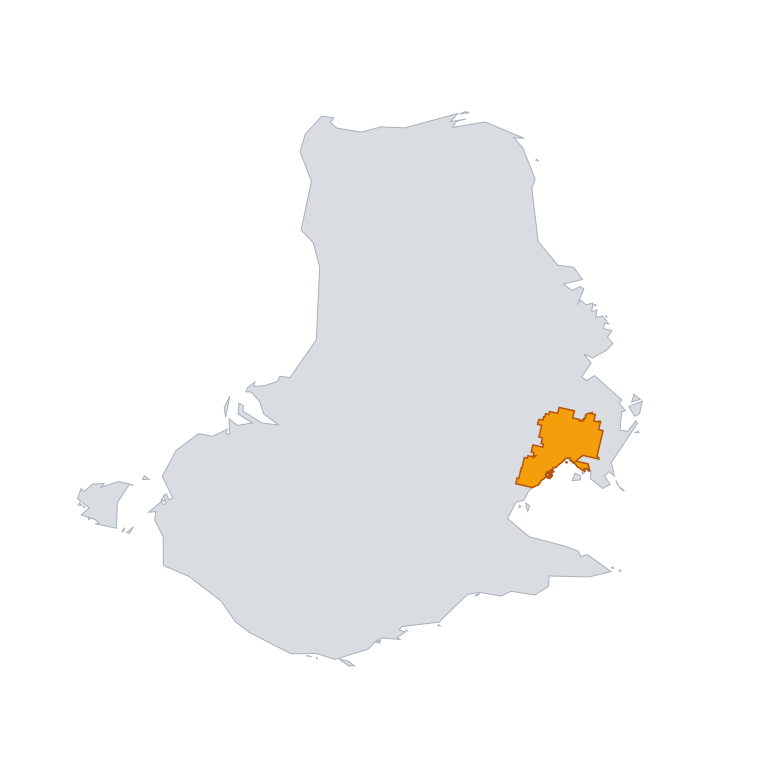 Roper Gulf, Northern Territory, Australia shown in context, rotated 103°
{"feature_id": "25037944B80645640934935", "entity_name": "Roper Gulf", "entity_type": "district", "adm_level": 2, "iso_a3": "AUS", "parent_name": "Australia", "parent_adm1": "Northern Territory", "projection": "robinson", "projection_center": [136.103, -15.306], "detail": "fine", "context": "in_parent", "style": "filled", "palette": "amber", "viewbox_px": 768, "rotation_deg": 103, "n_neighbors": 0, "source": "geoboundaries", "source_scale": "gbopen_adm2", "svg_char_len": 9421}
<svg xmlns="http://www.w3.org/2000/svg" viewBox="0 0 768 768"><g transform="rotate(103 384 384)"><path d="M525.9,140.9L533.9,180.0L544.1,178.1L555.7,189.7L557.3,213.6L564.1,221.8L565.6,244.0L570.4,255.5L603.7,276.9L616.3,312.1L620.1,313.9L620.9,307.6L628.0,314.0L629.3,310.9L631.9,328.7L636.2,334.0L645.6,339.5L663.3,369.6L661.8,389.7L667.8,413.8L656.5,458.9L649.1,475.3L632.1,493.9L615.4,530.6L610.4,558.2L582.5,564.8L568.3,576.7L559.7,577.7L561.9,584.5L548.9,574.6L550.9,572.3L550.1,569.8L547.7,569.7L543.0,574.0L539.9,571.4L545.4,567.4L542.5,564.2L523.9,579.2L495.8,571.8L474.1,553.6L473.5,539.4L463.4,526.5L467.7,527.0L467.7,523.2L452.8,527.0L457.3,517.5L451.6,503.5L446.1,519.4L435.2,521.0L436.9,515.7L442.1,515.6L449.5,493.9L447.6,477.5L440.0,494.7L429.0,501.2L421.7,511.5L422.7,516.8L418.4,516.1L411.2,510.3L415.7,510.2L412.5,500.1L405.6,488.6L399.9,487.1L398.9,477.0L356.3,459.9L284.7,472.9L262.2,484.7L252.7,499.4L202.9,500.3L176.7,518.0L158.3,516.9L137.0,504.9L136.1,492.8L141.2,494.9L145.2,487.6L143.8,463.1L134.1,444.6L129.8,421.5L104.0,373.1L113.4,378.3L107.3,363.6L111.5,372.3L118.5,374.9L106.0,344.6L113.0,302.9L115.0,312.8L122.6,302.0L150.2,282.9L160.1,284.0L210.5,265.8L229.1,241.4L227.6,225.5L237.5,214.1L246.3,231.8L250.5,221.9L244.9,214.9L246.5,210.6L263.2,213.5L257.9,211.8L261.3,204.8L258.2,198.7L267.1,197.8L263.8,193.2L271.2,192.6L268.6,186.0L274.9,178.5L275.4,182.9L280.6,182.4L280.9,173.9L288.3,176.9L293.1,170.1L301.0,174.8L311.7,186.6L309.9,196.0L317.1,186.9L332.2,192.9L335.3,187.8L328.5,180.7L346.1,148.7L349.6,150.7L355.7,142.8L357.8,146.2L376.0,143.7L375.4,135.9L363.2,130.3L365.2,128.3L409.2,144.8L422.0,138.8L418.8,145.1L424.2,148.5L430.8,141.0L436.6,147.4L429.7,161.6L422.0,162.9L422.4,173.2L415.3,189.4L455.0,218.7L465.9,221.6L469.3,228.6L487.2,233.4L500.2,208.1L501.3,171.0L503.4,157.0L507.9,153.7L504.5,147.4L515.7,120.5L525.9,140.9ZM538.6,609.3L559.4,617.2L584.7,612.2L585.2,634.2L583.7,630.2L581.0,634.9L579.6,649.4L571.0,643.5L564.8,656.7L554.1,655.7L556.4,651.9L547.2,645.6L543.9,634.4L548.0,636.4L538.8,620.8L538.6,609.3ZM342.6,128.5L355.3,128.4L359.1,132.5L350.8,140.4L342.6,128.5ZM430.5,531.5L451.9,530.9L442.8,534.5L430.5,531.5ZM433.3,171.1L435.9,179.1L427.9,177.7L429.1,172.1L433.3,171.1ZM662.2,366.1L662.0,357.0L665.3,349.4L666.5,354.9L662.2,366.1ZM579.6,596.3L586.6,598.2L586.7,601.2L579.6,596.3ZM341.3,130.8L345.8,138.6L337.7,138.2L341.3,130.8ZM531.4,597.7L527.4,596.9L529.7,591.6L531.4,597.7ZM475.7,215.3L471.9,217.7L468.1,219.0L470.0,214.6L475.7,215.3ZM103.9,371.0L100.6,366.6L100.2,362.5L100.6,362.3L103.9,371.0ZM585.0,604.2L587.6,606.3L582.4,604.6L585.0,604.2ZM634.6,329.8L637.5,329.8L637.4,333.9L634.6,329.8ZM566.5,243.7L569.9,246.1L569.3,247.5L566.5,243.7ZM570.4,651.3L570.6,654.9L568.0,653.8L570.4,651.3ZM666.2,393.1L666.2,398.1L665.8,398.0L666.2,393.1ZM374.8,128.1L372.7,125.9L374.0,124.8L374.8,128.1ZM433.7,128.5L430.6,132.5L434.3,125.5L433.7,128.5ZM666.8,387.1L665.3,388.7L666.4,387.0L666.8,387.1ZM438.3,201.4L436.5,202.2L437.5,200.3L438.3,201.4ZM427.0,170.9L424.8,171.3L426.2,168.8L427.0,170.9ZM132.2,283.1L131.7,286.4L130.7,286.1L132.2,283.1ZM512.0,118.7L511.9,121.4L511.0,119.5L512.0,118.7ZM547.6,571.1L548.1,572.7L547.4,572.2L547.6,571.1ZM429.8,133.6L425.7,136.4L429.9,132.9L429.8,133.6ZM268.8,182.0L267.3,183.9L268.3,181.7L268.8,182.0ZM572.1,648.7L570.7,649.4L571.5,648.1L572.1,648.7ZM473.9,224.8L471.6,224.7L472.8,223.1L473.9,224.8ZM260.5,196.4L259.4,197.5L259.3,195.0L260.5,196.4ZM582.6,641.2L580.7,642.2L581.3,640.3L582.6,641.2ZM513.5,111.3L513.2,113.1L512.0,112.3L513.5,111.3ZM546.5,573.3L548.3,574.9L545.3,574.5L546.5,573.3ZM607.7,276.8L606.2,276.9L606.9,274.7L607.7,276.8ZM619.6,307.3L618.7,307.3L619.4,305.7L619.6,307.3ZM539.6,606.6L539.1,607.9L538.6,606.2L539.6,606.6Z" fill="#d9dde1" stroke="#a8b0b8" stroke-width="1"/><path d="M451.5,215.7L449.6,213.8L448.6,212.3L448.3,211.6L447.9,211.2L447.7,210.7L447.0,210.6L445.5,209.8L444.9,209.6L445.3,209.8L444.4,209.7L443.4,209.2L443.2,209.3L442.9,209.0L442.4,208.8L442.7,209.0L442.8,209.1L442.7,209.0L441.5,208.3L441.0,207.1L440.2,206.9L439.6,206.4L438.5,206.0L438.0,205.7L437.4,204.9L437.4,205.0L437.3,204.9L437.3,205.0L437.2,204.9L437.0,204.5L436.9,204.7L436.9,204.9L436.5,205.0L436.1,205.3L436.2,205.6L436.6,205.8L436.0,205.9L435.8,205.7L435.8,205.8L435.7,205.7L435.4,205.5L435.2,205.6L435.3,205.4L435.0,205.4L434.8,205.3L434.4,205.4L434.4,205.5L434.3,205.3L433.9,205.6L434.1,205.4L434.1,205.1L433.5,205.8L433.2,205.8L432.9,205.4L433.3,204.9L433.3,204.6L432.7,203.9L432.8,203.8L432.6,203.6L432.3,203.5L432.5,203.4L432.3,203.3L432.2,203.2L432.8,203.3L433.4,202.0L433.1,202.0L433.0,201.8L432.8,201.8L432.8,201.5L432.7,201.4L432.6,201.7L432.3,201.6L431.9,202.1L431.4,202.4L431.1,202.5L431.0,202.9L431.0,202.7L430.8,202.7L430.7,202.6L429.8,201.5L429.0,200.8L428.0,200.6L427.7,200.4L427.6,200.8L427.6,200.2L427.2,200.0L426.9,199.4L426.8,198.7L426.5,197.9L426.5,197.4L426.0,197.2L425.4,197.0L424.9,196.6L424.1,196.1L423.8,195.8L422.8,195.3L422.0,194.7L421.1,193.6L419.5,192.5L419.1,192.5L418.8,192.0L418.4,191.8L418.2,191.5L417.9,191.3L417.5,191.5L417.1,191.3L416.6,190.9L416.4,190.9L416.0,190.4L415.6,190.3L415.0,189.2L414.9,188.8L414.7,188.5L414.7,188.1L414.4,187.5L414.4,186.9L414.3,186.1L414.6,186.3L415.1,185.6L415.4,185.3L415.7,185.2L415.9,185.3L416.2,185.0L416.5,184.9L416.3,184.7L416.2,184.5L416.5,183.4L416.7,183.0L416.9,183.1L416.9,182.7L417.2,182.5L417.2,182.2L417.6,181.2L417.8,181.3L417.8,181.1L418.2,181.1L418.4,181.2L418.3,180.8L419.2,179.1L418.8,178.7L419.1,178.9L419.5,178.8L420.1,178.0L420.4,178.0L421.4,177.2L421.7,177.4L421.3,177.0L421.6,176.0L421.5,175.8L421.7,175.5L421.8,175.0L421.8,174.1L422.2,173.5L422.4,173.5L422.7,172.9L422.9,172.6L423.0,172.0L423.3,171.5L423.2,170.9L423.3,170.4L423.6,170.2L423.6,169.7L423.9,169.3L423.9,169.1L424.2,168.9L424.3,168.7L423.8,168.5L423.7,168.7L423.6,169.1L423.3,169.2L423.2,169.5L422.9,169.6L422.8,169.9L422.5,170.1L421.9,170.2L421.4,169.6L421.3,169.4L421.5,169.2L422.0,169.0L421.8,168.7L421.4,168.9L421.2,168.1L420.8,168.0L420.7,167.6L420.8,167.2L421.2,167.1L421.2,166.6L421.1,165.7L421.1,165.2L421.3,165.0L421.6,164.9L421.9,165.5L422.1,165.6L422.1,165.2L422.3,165.1L422.4,165.3L422.5,165.2L422.7,164.5L422.0,164.8L421.9,164.6L422.0,164.4L421.9,164.2L415.9,167.2L416.0,179.6L408.8,174.3L408.8,158.0L408.5,158.4L407.8,158.0L407.5,158.4L407.5,158.7L407.2,159.3L406.7,159.6L406.5,160.2L380.2,160.1L380.2,164.6L371.9,164.5L371.9,164.9L371.7,165.0L371.9,165.2L371.9,166.6L372.8,166.6L372.8,171.2L366.2,171.2L366.2,174.8L365.1,174.8L365.8,175.6L365.9,176.5L366.4,177.3L366.5,178.1L366.9,178.5L367.1,179.1L367.9,180.0L368.3,180.0L369.1,180.8L369.9,180.3L370.8,180.5L371.4,180.2L371.4,180.4L371.7,180.4L371.9,180.1L371.7,179.7L372.3,180.2L372.1,181.0L372.5,181.4L372.6,181.5L372.8,181.4L373.0,181.6L373.0,181.1L374.3,181.1L374.3,182.5L375.8,182.5L375.8,185.4L375.6,185.3L375.5,185.0L375.0,184.8L374.6,185.7L374.6,192.5L367.3,192.5L367.4,208.0L373.5,208.2L373.6,216.5L376.6,216.5L376.6,219.9L379.9,219.9L379.9,221.1L383.4,221.1L383.4,224.5L384.1,224.5L384.4,224.8L384.5,225.3L388.8,225.3L388.8,221.1L400.9,221.1L400.9,217.5L406.7,217.5L406.7,215.1L409.9,215.1L409.9,225.2L417.2,225.2L417.2,222.5L419.9,222.5L419.9,219.9L422.2,221.9L421.4,222.5L421.4,227.6L424.0,227.6L424.0,230.7L434.8,230.7L434.8,231.4L445.7,231.4L445.7,233.2L451.5,233.2L451.5,215.7ZM436.5,202.7L436.6,202.3L436.7,202.2L436.8,202.5L437.0,202.2L437.1,202.4L437.0,202.6L436.9,202.8L437.1,202.8L437.0,203.0L437.2,203.5L437.6,203.8L437.8,203.6L438.0,203.9L437.9,204.2L438.4,204.4L438.4,204.2L438.7,203.9L438.9,203.2L438.5,203.0L438.5,202.8L438.4,202.9L438.5,202.8L438.5,202.7L438.6,202.2L438.4,201.4L438.5,201.3L438.2,201.3L438.3,200.8L438.1,201.1L437.8,201.0L437.7,200.6L437.5,200.2L437.4,200.3L437.2,200.2L437.3,200.8L437.0,201.0L437.1,201.3L437.3,201.4L437.2,201.6L436.9,201.4L436.9,201.1L436.6,201.4L436.4,201.4L436.6,201.4L436.5,201.8L436.2,201.7L436.5,201.9L436.5,202.4L436.3,202.5L436.5,202.5L436.5,202.7ZM431.9,199.7L431.8,199.2L431.3,198.9L431.2,199.3L430.6,199.3L430.4,199.5L430.5,199.8L430.5,200.0L430.3,200.3L430.4,200.8L430.1,201.1L430.5,201.3L430.8,201.3L430.9,201.1L431.2,201.2L431.5,201.1L431.6,200.8L431.6,200.7L431.6,200.1L431.7,199.8L431.9,199.7ZM434.0,201.1L433.6,201.2L433.6,201.6L433.6,202.0L433.8,202.2L433.8,202.3L433.6,202.2L433.5,202.6L433.5,202.9L433.6,203.1L433.7,202.9L434.2,202.8L434.6,202.4L434.5,202.1L434.2,202.1L434.3,201.8L434.6,201.8L434.5,202.0L434.8,201.8L435.0,201.8L434.9,201.7L434.9,201.4L434.4,201.1L434.2,201.2L434.0,201.1ZM435.5,200.6L435.7,200.3L435.9,200.4L436.0,200.2L435.8,200.1L435.5,199.3L435.6,198.9L435.5,199.1L435.5,198.9L435.4,199.3L435.1,199.5L435.1,199.8L435.3,200.1L435.0,200.4L434.9,200.5L435.1,200.6L434.9,200.7L435.2,200.8L435.1,201.2L435.6,201.0L435.7,200.6L435.4,200.5L435.5,200.5L435.5,200.6ZM418.7,189.1L418.9,189.2L419.3,188.9L419.7,189.0L419.8,188.6L419.6,188.1L419.5,187.9L419.2,187.9L418.9,188.2L419.1,188.3L419.0,188.7L418.7,189.0L418.7,189.1ZM435.0,199.9L434.9,199.9L435.0,199.7L434.4,199.8L434.1,200.1L434.4,200.0L434.5,200.1L435.0,200.2L435.0,199.9ZM434.2,200.5L434.6,200.6L434.8,200.5L434.3,200.3L434.2,200.5ZM417.4,182.5L417.5,182.7L417.8,182.3L417.4,182.3L417.4,182.5ZM432.3,200.5L432.7,200.6L432.8,200.5L432.6,200.2L432.4,200.3L432.3,200.5ZM434.7,202.8L434.8,202.7L434.7,202.5L434.9,202.5L434.8,202.4L434.5,202.5L434.6,202.8L434.7,202.6L434.7,202.8Z" fill="#f59e0b" stroke="#b45309" stroke-width="1.5"/></g></svg>